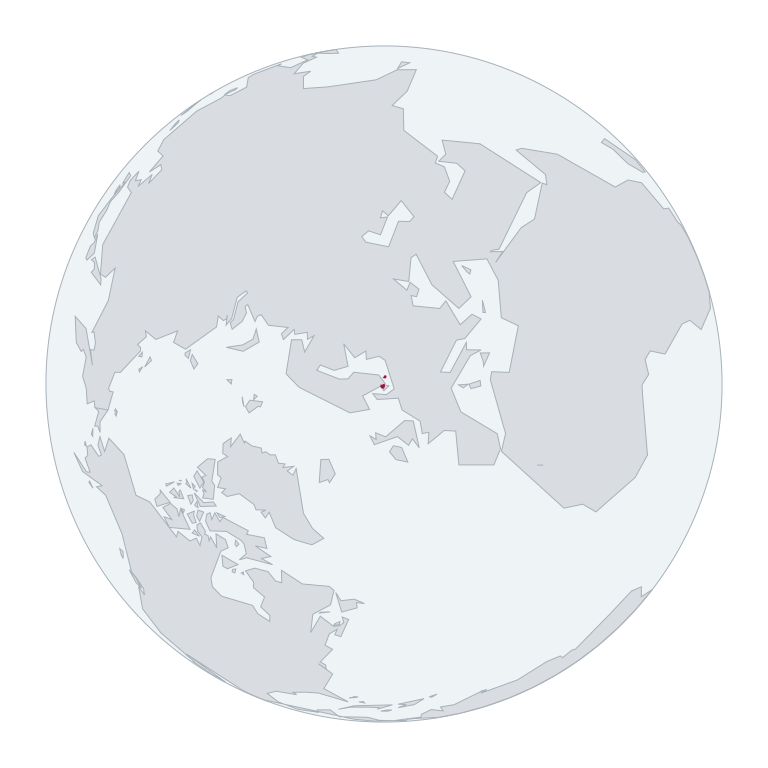 globe centered on Hovedstaden, rotated 259°
{"feature_id": "DNK-3419", "entity_name": "Hovedstaden", "entity_type": "Region", "adm_level": 1, "iso_a3": "DNK", "parent_name": "Denmark", "parent_adm1": "", "projection": "orthographic", "projection_center": [12.898, 55.56], "detail": "fine", "context": "on_globe", "style": "filled", "palette": "rose", "viewbox_px": 768, "rotation_deg": 259, "n_neighbors": 0, "source": "natural_earth", "source_scale": "10m", "svg_char_len": 11858}
<svg xmlns="http://www.w3.org/2000/svg" viewBox="0 0 768 768"><g transform="rotate(259 384 384)"><circle cx="384" cy="384" r="338" fill="#eef3f6" stroke="#a8b0b8"/><path d="M46.4,369.9L46.8,371.0L49.7,351.1L50.5,342.5L49.5,341.7L54.9,310.2L60.5,291.1L96.6,206.4L104.6,194.2L111.3,185.7L156.7,138.5L121.5,171.7L132.8,158.6L148.1,143.4L147.2,145.1L167.6,129.0L182.3,117.5L209.2,104.2L232.0,104.4L222.7,108.7L229.3,108.8L241.4,103.7L247.8,100.3L286.7,98.3L327.8,89.6L338.0,82.2L337.9,88.0L355.5,71.5L376.1,66.5L354.5,75.2L353.5,78.7L368.3,76.4L370.5,79.6L378.9,80.5L380.2,84.7L367.5,90.1L368.1,93.1L378.6,91.5L386.5,95.1L371.1,96.9L383.3,103.6L364.3,115.3L322.1,119.3L313.0,131.5L273.5,151.1L278.6,153.7L266.9,163.5L268.5,170.3L260.7,172.6L268.6,176.2L275.4,172.8L281.2,173.4L282.7,177.3L273.1,180.7L270.9,179.2L268.9,182.3L263.4,182.4L267.0,184.6L255.1,188.6L269.0,190.5L261.4,198.7L252.9,199.8L251.1,192.0L226.9,177.1L217.8,176.9L206.8,183.9L191.7,212.8L182.7,216.2L172.6,226.5L178.6,227.8L188.8,220.4L197.7,226.1L209.0,217.0L214.3,218.2L227.0,212.5L227.9,221.9L221.9,234.4L211.4,239.8L208.4,245.7L220.7,247.8L203.3,265.7L195.8,291.5L191.0,295.6L177.4,289.4L171.6,270.2L154.0,264.6L168.2,277.2L155.9,288.1L155.1,294.0L157.4,298.9L163.2,298.5L159.6,304.4L144.2,293.4L147.2,287.9L152.1,291.2L149.2,282.6L138.8,276.3L133.4,282.9L123.3,268.4L119.4,273.1L115.0,272.9L122.0,266.2L109.1,278.3L96.5,266.8L78.8,288.2L93.1,260.8L96.4,248.5L98.7,235.9L95.7,239.0L103.0,219.5L102.5,210.4L92.0,219.7L81.2,237.3L74.2,257.0L76.8,256.2L74.4,269.0L65.9,276.7L60.0,304.1L54.7,315.3L51.6,329.6L51.1,340.2L49.9,356.6L52.6,357.7L55.4,368.2L51.8,379.8L56.2,377.7L55.8,391.4L63.6,420.4L62.1,420.7L68.1,458.7L80.5,490.9L83.4,505.2L81.3,507.2L87.0,517.7L87.1,521.2L114.9,561.6L133.5,587.4L135.9,598.0L126.1,595.9L130.9,607.9L130.7,607.7L114.3,587.6L99.6,566.4L86.5,544.2L75.1,521.0L65.5,497.0L57.8,472.3L52.0,447.1L48.2,421.5L46.3,395.8L46.4,369.9ZM73.8,293.3L67.4,331.1L66.2,316.1L67.3,317.4L69.9,306.3L73.2,289.4L73.4,277.3L73.8,293.3ZM81.8,295.4L82.5,289.7L82.5,294.5L81.8,295.4ZM250.3,98.5L241.4,103.3L229.6,107.1L236.7,102.6L250.3,98.5ZM272.9,93.2L269.4,95.9L262.4,94.7L266.6,93.4L272.9,93.2ZM344.9,76.5L337.2,78.4L343.9,75.6L344.9,76.5ZM379.8,79.9L381.3,78.5L385.0,79.7L379.8,79.9ZM225.7,207.8L226.3,210.1L223.6,209.9L225.7,207.8ZM230.6,203.3L227.0,201.5L228.8,199.1L231.0,200.3L230.6,203.3ZM390.5,87.2L396.1,89.8L388.2,88.1L390.5,87.2ZM234.6,206.2L232.5,195.1L235.8,191.1L246.8,192.3L234.6,206.2ZM397.8,92.0L411.5,98.7L415.9,95.9L411.1,108.1L401.1,98.0L390.7,96.1L397.3,94.9L397.8,92.0ZM276.9,170.2L269.8,173.8L274.3,167.3L276.9,170.2ZM278.4,165.8L284.2,145.9L295.6,142.8L291.4,149.9L304.9,143.4L307.6,151.6L300.8,157.0L292.9,157.3L299.9,160.3L278.4,165.8ZM406.2,114.1L407.6,116.7L403.7,115.0L406.2,114.1ZM283.8,173.2L284.0,169.2L293.9,166.1L295.4,173.5L291.7,172.1L283.8,173.2ZM307.2,137.8L314.8,137.1L319.0,143.5L322.6,144.1L308.7,151.5L307.2,137.8ZM290.2,174.8L295.8,177.4L292.6,182.5L284.4,176.8L290.2,174.8ZM295.8,162.3L300.6,161.3L298.4,164.2L295.8,162.3ZM284.2,202.6L284.2,197.6L289.3,195.5L284.2,202.6ZM298.2,178.0L299.3,176.3L301.3,175.0L304.2,177.8L298.2,178.0ZM312.7,155.7L312.9,158.6L318.6,152.9L322.0,157.8L312.1,162.0L317.8,162.2L318.9,163.8L309.6,165.5L312.7,155.7ZM313.3,176.9L301.9,184.4L300.8,194.0L296.2,196.0L298.8,180.3L313.3,176.9ZM311.9,170.0L311.7,174.6L306.1,174.6L302.8,171.5L311.9,170.0ZM327.9,159.7L325.2,151.1L327.4,150.6L327.9,159.7ZM314.1,179.6L316.8,177.7L314.7,180.3L314.1,179.6ZM324.9,165.7L323.6,162.7L326.2,162.1L324.9,165.7ZM323.3,176.7L319.6,179.1L317.3,176.9L323.3,176.7ZM324.9,171.7L328.8,171.6L318.6,174.7L323.9,170.4L324.9,171.7ZM327.6,165.7L328.7,164.3L327.7,167.0L327.6,165.7ZM334.5,183.9L322.2,188.4L316.9,183.4L329.6,179.7L334.5,183.9ZM428.6,719.0L410.7,720.9L410.7,720.5L396.1,718.9L376.9,705.7L388.2,696.4L386.0,688.0L359.8,665.6L365.7,651.6L358.2,645.0L342.9,645.6L333.9,637.1L324.5,635.8L264.0,629.1L244.3,612.7L218.0,567.6L228.1,556.2L227.8,537.0L295.5,486.4L312.2,493.9L368.1,489.2L375.5,492.0L371.5,509.1L415.5,527.0L426.7,511.8L464.0,515.9L487.2,508.9L491.1,475.3L453.0,486.1L443.9,471.9L472.4,449.9L505.3,440.3L502.8,434.6L479.9,427.9L485.3,413.3L471.7,424.4L478.8,429.0L470.5,436.4L463.5,432.7L465.7,427.5L455.2,427.5L447.5,453.1L453.8,460.6L427.6,470.1L435.7,483.7L429.3,491.7L413.2,471.9L413.2,463.4L385.0,441.7L382.7,451.2L409.1,472.7L401.8,471.6L398.9,485.7L395.4,474.2L367.1,449.1L342.0,454.1L313.6,485.7L298.2,486.0L283.6,476.4L290.3,442.1L324.1,445.4L326.9,434.2L316.9,415.9L328.0,418.8L328.1,412.1L340.6,412.4L355.1,396.8L367.3,395.4L370.1,374.4L376.7,371.1L373.1,384.3L377.2,393.1L407.1,389.6L412.1,384.5L411.5,371.4L419.8,372.5L415.4,360.3L431.2,352.1L408.2,352.1L406.9,337.7L414.8,325.1L410.2,320.6L397.3,341.2L395.9,349.6L401.3,356.6L393.8,380.6L384.1,385.2L376.4,360.8L361.8,365.0L362.2,345.0L396.8,300.2L412.7,289.8L445.1,301.7L443.1,311.7L430.5,312.2L444.8,324.6L442.4,317.4L449.3,318.6L449.8,305.9L454.7,306.2L446.8,293.8L452.8,292.8L457.8,300.6L463.7,281.8L475.5,276.7L474.5,272.4L470.0,269.3L488.0,265.4L486.5,262.5L480.0,262.5L472.6,256.8L466.7,245.4L473.3,244.7L476.3,248.7L492.5,256.4L499.6,267.7L501.7,266.3L497.1,256.4L477.3,246.9L471.9,240.3L481.7,243.4L477.7,241.7L477.0,238.3L482.5,234.3L472.0,230.5L456.0,195.8L465.0,185.4L475.5,191.5L471.3,168.5L481.8,159.9L475.8,159.8L469.7,149.6L466.3,152.0L463.0,151.3L445.8,127.6L446.8,122.0L432.6,113.0L429.5,113.1L427.9,116.6L411.1,108.1L415.9,95.9L422.7,96.2L421.1,88.9L436.8,90.9L449.1,89.6L467.2,96.8L475.3,95.6L473.7,93.0L483.5,89.9L509.3,93.8L495.4,102.1L458.1,101.4L474.0,102.4L472.4,105.8L479.4,108.6L490.4,109.3L490.4,107.1L518.5,129.3L549.1,142.2L541.9,130.9L546.0,126.7L574.5,134.5L620.1,172.5L626.1,169.8L632.1,173.5L639.6,184.0L631.0,178.8L630.9,184.6L624.9,180.3L633.9,196.4L625.7,191.1L636.8,206.8L641.9,206.8L636.9,194.1L650.0,210.7L655.8,206.4L665.9,214.5L687.6,252.2L695.7,278.7L698.1,283.3L696.4,287.9L701.6,305.8L710.6,309.2L712.9,315.4L717.9,344.6L716.6,340.6L712.3,352.9L716.8,371.0L720.4,365.3L721.7,373.2L721.4,382.1L719.4,376.1L717.7,380.0L714.3,365.8L705.7,355.0L705.0,371.8L701.4,363.7L689.4,361.2L686.4,385.1L684.1,434.5L689.9,456.9L686.4,475.7L667.1,462.7L655.8,445.2L650.5,455.5L629.2,451.8L597.3,480.1L591.3,476.4L585.7,484.7L570.5,487.2L560.7,479.9L552.2,486.1L577.8,504.3L586.8,497.5L592.2,480.2L597.8,488.5L612.3,487.6L601.5,524.0L551.8,576.3L544.6,560.5L494.4,522.6L494.6,515.4L494.3,514.7L493.5,513.6L491.4,525.8L482.0,516.7L511.3,548.5L517.2,563.2L551.1,577.7L548.5,581.9L558.7,582.5L588.4,558.4L589.1,564.1L576.5,598.0L533.2,648.6L537.7,662.4L532.4,675.2L502.5,692.0L502.3,697.0L486.5,703.4L483.6,705.8L469.3,710.7L448.4,715.7L428.6,719.0ZM275.2,518.8L274.0,524.8L275.2,518.8ZM542.5,445.4L560.7,435.9L548.3,420.3L554.2,415.6L547.8,412.2L547.3,419.3L531.1,409.0L537.3,398.2L533.0,390.3L526.7,393.2L517.8,414.7L541.0,429.3L538.6,440.0L542.5,445.4ZM64.0,421.1L64.5,426.8L62.9,422.2L64.0,421.1ZM63.5,318.4L63.4,324.6L62.5,329.5L62.1,325.4L63.5,318.4ZM68.4,369.2L69.5,377.0L67.3,370.8L68.4,369.2ZM67.0,336.8L67.5,363.3L63.5,352.6L63.6,336.1L65.0,344.8L67.0,336.8ZM76.8,298.7L76.1,303.3L74.6,304.1L76.8,298.7ZM81.8,298.9L81.7,297.6L83.0,294.1L81.8,298.9ZM156.9,288.7L158.0,289.8L159.2,295.5L156.3,294.2L156.9,288.7ZM178.4,313.9L172.2,322.9L174.7,315.3L169.4,314.9L168.2,299.0L188.5,296.8L179.5,300.4L178.4,313.9ZM172.1,277.8L170.6,287.7L171.4,277.0L172.1,277.8ZM316.4,376.5L321.6,381.5L318.3,389.2L302.8,392.5L307.5,381.3L316.4,376.5ZM329.8,387.1L326.3,362.9L335.8,360.3L331.1,365.7L337.7,366.5L331.8,375.5L344.2,397.4L342.1,405.7L314.7,406.4L324.8,401.4L319.1,396.5L329.8,387.1ZM300.9,310.7L299.6,301.6L321.9,307.6L320.6,315.5L305.1,319.0L297.5,311.7L300.9,310.7ZM254.5,211.0L252.5,208.2L255.2,207.1L259.0,208.6L254.5,211.0ZM283.8,200.4L265.8,222.8L262.6,220.5L255.9,237.1L244.9,237.7L249.7,226.8L236.2,240.0L236.1,230.4L227.9,240.2L239.6,216.0L239.0,208.4L243.8,216.5L253.9,216.1L258.1,213.6L269.4,201.2L273.0,185.2L283.6,182.7L290.1,185.2L290.8,188.7L283.7,189.1L289.8,193.4L280.1,196.7L283.8,200.4ZM360.2,223.8L351.7,221.5L362.3,233.3L352.6,235.6L354.5,236.8L348.5,242.4L344.4,251.4L339.6,251.1L340.1,254.8L336.1,258.8L335.2,263.8L326.3,265.3L324.4,271.7L321.3,268.8L320.4,279.6L317.1,272.4L311.7,277.2L317.7,281.6L272.3,280.3L255.9,286.2L243.9,295.5L239.9,282.5L248.5,266.0L263.5,250.3L280.0,246.8L275.2,241.9L281.6,238.9L282.7,244.0L284.9,234.4L290.5,233.4L303.9,221.1L303.5,208.6L308.4,204.0L311.3,208.4L314.2,200.9L323.0,206.3L326.7,203.3L339.2,205.9L342.7,216.7L346.6,212.5L356.2,214.7L360.2,223.8ZM337.9,185.0L344.3,196.7L342.2,203.9L321.4,196.4L316.8,198.4L303.4,194.4L306.8,184.2L310.3,186.2L314.5,185.8L311.8,189.2L317.1,186.2L322.1,189.0L327.6,187.6L328.2,191.7L337.9,185.0ZM382.5,485.2L387.9,485.7L396.1,484.4L394.4,493.5L382.5,485.2ZM362.9,468.5L367.6,467.3L369.2,479.0L363.6,478.7L362.9,468.5ZM368.9,457.0L367.8,466.4L365.0,461.2L368.9,457.0ZM377.4,382.6L382.3,380.7L383.3,383.7L381.3,388.5L377.4,382.6ZM389.7,261.4L385.1,258.4L386.2,256.4L381.4,246.0L388.2,243.8L393.7,249.2L389.7,261.4ZM485.4,482.9L479.5,491.1L475.6,489.2L478.4,486.8L485.4,482.9ZM435.4,494.8L447.5,496.6L434.8,497.2L435.4,494.8ZM396.2,257.2L393.5,253.1L398.6,254.6L396.2,257.2ZM392.9,241.7L398.6,242.4L388.4,242.3L392.9,241.7ZM582.8,647.3L556.2,673.6L542.4,680.9L542.3,678.6L553.8,665.4L570.7,653.6L579.6,643.5L582.8,647.3ZM721.5,400.9L717.4,402.5L719.0,392.7L721.9,379.9L721.5,400.9ZM691.1,457.6L696.9,462.8L694.4,470.4L691.1,457.6ZM702.8,271.9L701.5,268.2L701.6,268.7L702.8,271.9ZM696.1,254.6L697.5,257.8L697.5,258.3L696.1,254.6ZM701.4,288.6L702.8,296.8L701.2,294.4L698.4,282.5L701.4,288.6ZM673.6,222.0L679.8,229.4L682.3,233.3L679.9,232.0L673.6,222.0ZM450.1,236.2L449.3,252.8L453.2,264.1L462.4,269.1L449.0,269.5L443.0,252.0L450.1,236.2ZM454.6,200.6L446.5,196.9L450.1,194.2L452.4,194.7L454.6,200.6ZM449.6,201.4L439.5,205.1L435.0,200.3L443.9,198.3L449.6,201.4ZM418.1,230.6L417.4,235.5L413.2,234.1L418.1,230.6ZM693.7,248.8L696.5,255.8L689.1,242.5L686.4,235.9L693.2,248.3L692.2,245.5L693.7,248.8ZM630.0,163.1L626.4,161.4L621.8,155.4L625.6,158.2L630.0,163.1ZM603.7,135.7L619.4,153.3L631.5,168.5L631.2,166.0L640.2,174.2L636.8,175.1L623.1,160.6L615.2,150.2L607.3,144.8L597.3,135.4L589.1,132.4L582.5,127.6L587.6,127.4L603.7,135.7ZM585.8,131.6L567.7,124.6L562.3,116.0L565.0,115.5L575.6,122.2L577.8,126.3L585.8,131.6ZM561.8,120.5L563.7,124.6L541.4,126.4L535.4,124.8L549.5,118.0L552.1,121.6L558.5,123.0L561.8,120.5ZM410.8,115.7L407.9,116.6L408.8,114.3L410.8,115.7ZM461.3,152.9L456.8,151.5L458.0,148.5L461.3,152.9ZM445.2,146.1L447.0,150.4L442.4,146.2L445.2,146.1ZM451.5,160.2L446.4,152.3L455.2,159.5L451.5,160.2Z" fill="#d9dde1" stroke="#a8b0b8" stroke-width="1"/><path d="M381.3,382.7L381.2,382.3L381.2,382.1L381.1,381.7L380.9,381.6L380.7,381.7L380.8,381.4L381.1,381.2L381.6,380.8L381.9,380.6L382.1,380.6L382.4,380.8L382.6,380.8L382.8,381.0L383.1,381.1L382.9,381.4L382.9,381.5L382.8,381.8L382.7,381.8L382.8,382.0L382.9,382.3L383.0,382.5L383.0,382.9L383.0,383.0L382.9,383.2L382.8,383.5L382.7,383.6L382.4,383.6L382.2,383.7L381.9,383.6L381.7,383.7L381.6,383.4L381.7,383.2L381.9,383.1L381.8,382.9L381.6,382.9L381.4,382.7L381.3,382.7ZM391.6,386.4L391.6,386.5L391.5,386.9L391.5,387.0L391.4,387.1L391.2,387.2L390.9,387.1L390.6,387.0L390.4,386.9L390.1,386.7L390.1,386.3L390.1,385.9L390.2,385.6L390.3,385.4L390.4,385.6L390.5,385.7L390.7,385.8L390.8,385.9L391.0,385.9L391.0,386.0L391.4,386.3L391.5,386.3L391.6,386.4ZM380.5,383.0L380.5,382.9L380.5,382.7L380.8,382.4L380.9,382.2L380.7,381.9L380.8,381.8L381.0,381.9L381.0,382.0L381.0,382.3L381.1,382.5L381.2,382.9L381.1,383.1L380.9,383.0L380.8,382.9L380.7,382.9L380.7,383.0L380.5,383.0ZM383.1,383.2L383.3,383.7L383.3,383.8L383.1,383.9L383.0,384.0L382.9,384.0L382.8,383.9L382.7,383.8L382.7,383.6L382.8,383.6L382.9,383.4L383.0,383.2L383.1,383.2Z" fill="#f43f5e" stroke="#9f1239" stroke-width="1.5"/></g></svg>